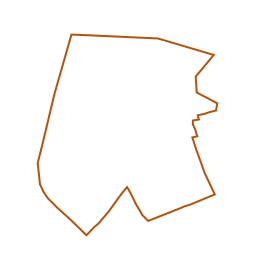 Onitsha South, Anambra, Nigeria (Robinson projection), rotated 82°
{"feature_id": "59680162B59497895637604", "entity_name": "Onitsha South", "entity_type": "district", "adm_level": 2, "iso_a3": "NGA", "parent_name": "Nigeria", "parent_adm1": "Anambra", "projection": "robinson", "projection_center": [6.781, 6.141], "detail": "fine", "context": "isolated", "style": "outline", "palette": "amber", "viewbox_px": 256, "rotation_deg": 82, "n_neighbors": 0, "source": "geoboundaries", "source_scale": "gbopen_adm2", "svg_char_len": 735}
<svg xmlns="http://www.w3.org/2000/svg" viewBox="0 0 256 256"><g transform="rotate(82 128 128)"><path d="M218.0,192.1L228.4,184.1L221.1,174.8L218.2,170.2L207.8,158.5L204.3,155.2L191.8,143.1L186.4,137.2L189.8,135.7L194.0,134.2L200.2,132.1L205.5,130.4L208.8,128.9L216.1,126.0L222.8,121.0L214.8,87.8L213.5,83.1L212.5,76.9L205.8,51.3L183.1,58.4L173.1,60.4L159.0,63.4L146.3,65.6L145.9,60.6L138.0,61.8L133.6,63.3L129.6,62.7L129.4,56.6L125.1,57.1L124.6,50.3L123.5,44.1L122.9,38.4L116.0,36.2L102.4,55.0L86.5,53.8L67.6,33.0L43.5,85.9L41.8,95.0L31.3,150.9L27.6,171.0L83.8,196.0L135.2,216.2L150.1,222.3L171.4,223.0L179.5,220.5L186.7,217.0L191.8,213.1L196.3,209.8L210.3,198.1L218.0,192.1Z" fill="none" stroke="#b45309" stroke-width="2"/></g></svg>